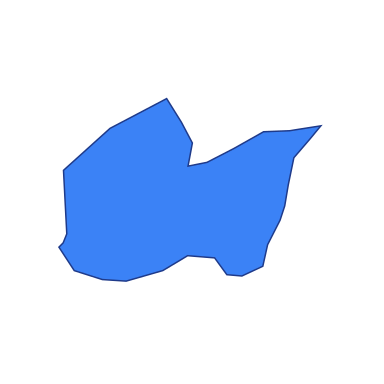 an SVG outline of Escaldes-Engordany, rotated 159°
{"feature_id": "AND-4881", "entity_name": "Escaldes-Engordany", "entity_type": "state/province", "adm_level": 1, "iso_a3": "AND", "parent_name": "Andorra", "parent_adm1": "", "projection": "robinson", "projection_center": [1.58, 42.496], "detail": "fine", "context": "isolated", "style": "filled", "palette": "blue", "viewbox_px": 384, "rotation_deg": 159, "n_neighbors": 0, "source": "natural_earth", "source_scale": "10m", "svg_char_len": 524}
<svg xmlns="http://www.w3.org/2000/svg" viewBox="0 0 384 384"><g transform="rotate(159 192 192)"><path d="M336.0,188.2L330.5,190.7L323.9,197.8L304.2,258.3L245.7,280.8L182.2,288.3L176.9,261.0L174.1,237.6L186.4,217.6L167.4,214.3L137.5,217.6L103.6,222.6L79.2,214.3L48.0,207.6L62.9,199.2L84.6,187.5L99.6,164.1L110.4,145.8L119.9,134.1L140.3,115.7L152.5,97.3L175.5,95.7L189.1,102.3L194.5,122.4L218.9,134.1L247.4,129.1L285.4,132.4L307.1,142.4L330.1,160.8L336.0,188.2Z" fill="#3b82f6" stroke="#1e3a8a" stroke-width="1.5"/></g></svg>